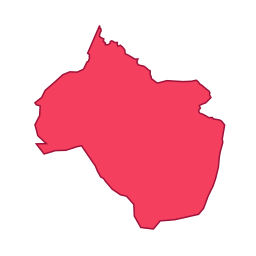 Enugu East, Enugu, Nigeria, rotated 191°
{"feature_id": "59680162B73078519517404", "entity_name": "Enugu East", "entity_type": "district", "adm_level": 2, "iso_a3": "NGA", "parent_name": "Nigeria", "parent_adm1": "Enugu", "projection": "robinson", "projection_center": [7.537, 6.533], "detail": "fine", "context": "isolated", "style": "filled", "palette": "rose", "viewbox_px": 256, "rotation_deg": 191, "n_neighbors": 0, "source": "geoboundaries", "source_scale": "gbopen_adm2", "svg_char_len": 1800}
<svg xmlns="http://www.w3.org/2000/svg" viewBox="0 0 256 256"><g transform="rotate(191 128 128)"><path d="M172.9,218.2L173.7,220.4L174.6,220.5L175.4,223.2L178.1,210.9L180.6,199.5L181.7,194.6L181.9,193.7L179.9,192.6L179.6,191.4L179.7,190.5L179.1,189.8L179.1,188.9L179.4,188.0L179.7,185.7L180.8,185.1L182.6,178.2L183.1,177.0L186.9,174.3L188.4,173.2L195.9,172.0L197.4,171.0L199.2,169.8L202.2,167.8L207.9,160.1L216.5,149.1L218.6,141.4L224.2,135.0L222.6,133.4L218.4,132.9L217.1,123.3L220.0,113.4L218.0,109.5L215.1,103.3L205.2,97.1L215.0,94.9L205.4,86.5L194.9,92.0L184.6,94.3L175.2,99.6L170.2,101.7L152.7,84.4L149.7,79.8L145.5,74.8L142.3,73.8L140.3,71.7L131.8,64.9L122.6,61.0L116.5,60.8L107.7,54.1L105.0,42.8L96.5,32.8L83.8,33.7L78.6,43.1L74.5,44.1L64.4,47.0L42.3,56.7L38.5,63.5L36.3,76.8L33.4,87.5L32.4,94.7L31.8,106.7L32.9,117.9L32.9,122.5L32.2,131.9L33.4,135.3L33.7,149.4L37.3,152.5L39.5,153.3L46.0,153.3L47.2,154.4L50.8,153.6L54.5,155.0L57.7,155.9L60.0,156.1L61.3,157.1L62.0,158.8L61.1,160.4L60.8,161.6L61.9,162.7L62.3,163.7L59.8,165.6L58.7,166.1L57.6,167.1L56.6,167.4L52.4,173.7L54.4,176.3L54.4,178.3L55.6,179.7L58.7,181.2L63.4,183.9L65.8,184.8L68.1,186.9L70.0,187.9L71.9,187.2L74.3,186.1L76.6,185.5L83.0,184.0L86.7,183.5L98.8,181.9L107.1,178.0L108.4,177.9L114.4,180.9L115.2,183.1L116.4,184.5L117.1,188.3L119.1,189.0L123.3,191.4L124.5,191.7L130.0,191.9L131.9,194.3L131.5,197.7L134.1,196.9L141.7,199.6L144.9,200.3L146.0,203.9L148.8,206.4L151.4,207.8L153.4,206.3L154.2,207.1L154.8,209.9L157.4,209.4L159.9,210.4L160.9,210.4L161.9,209.3L161.7,208.0L162.3,207.0L163.4,206.0L165.5,205.5L166.0,205.3L166.1,205.8L166.4,207.2L167.0,207.2L167.6,207.9L168.6,208.0L168.8,210.9L169.4,211.0L171.9,211.6L173.7,212.8L173.7,214.7L173.4,216.7L172.9,218.2Z" fill="#f43f5e" stroke="#9f1239" stroke-width="1.5"/></g></svg>